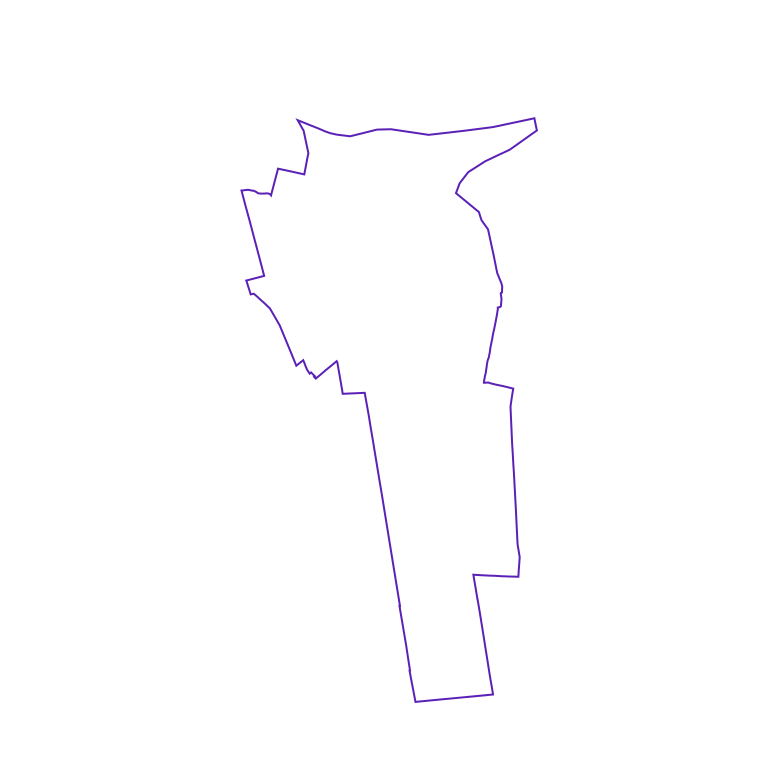 Unirea, Calarasi, Romania (Natural Earth projection), rotated 196°
{"feature_id": "2599482B78203742234892", "entity_name": "Unirea", "entity_type": "district", "adm_level": 2, "iso_a3": "ROU", "parent_name": "Romania", "parent_adm1": "Calarasi", "projection": "natural_earth1", "projection_center": [27.6, 44.275], "detail": "fine", "context": "isolated", "style": "outline", "palette": "violet", "viewbox_px": 768, "rotation_deg": 196, "n_neighbors": 0, "source": "geoboundaries", "source_scale": "gbopen_adm2", "svg_char_len": 4747}
<svg xmlns="http://www.w3.org/2000/svg" viewBox="0 0 768 768"><g transform="rotate(196 384 384)"><path d="M539.7,613.8L536.3,610.5L532.4,606.6L531.1,605.4L525.7,595.2L520.3,585.0L519.9,579.6L519.4,574.3L518.4,563.5L531.8,562.7L545.2,561.8L544.9,548.0L544.6,534.2L545.0,534.5L545.4,534.7L545.7,534.9L545.9,535.0L546.1,535.1L546.4,535.1L546.6,535.1L546.8,535.2L547.0,535.2L547.4,535.2L547.8,535.2L548.2,535.1L548.5,535.1L548.9,535.0L549.1,535.0L549.2,534.9L549.5,534.8L549.9,534.7L550.1,534.7L550.5,534.5L550.9,534.3L551.1,534.2L551.4,534.1L551.7,534.0L552.0,534.0L552.6,533.7L553.3,533.5L554.3,533.2L555.3,533.0L556.0,532.9L556.7,532.8L557.2,532.7L557.6,532.7L557.8,532.7L558.0,532.7L558.4,532.9L558.7,533.0L559.1,533.2L559.5,533.3L559.8,533.4L560.0,533.5L560.3,533.5L560.6,533.6L560.8,533.6L561.0,533.6L561.3,533.7L561.6,533.7L561.8,533.7L562.0,533.8L562.3,533.8L562.6,533.8L563.2,533.7L563.8,533.6L564.2,533.5L564.6,533.5L564.8,533.5L565.0,533.4L565.7,533.4L566.5,533.4L566.8,533.4L567.1,533.4L567.3,533.3L567.5,533.3L568.0,533.2L568.5,533.1L569.0,532.9L569.8,532.6L570.5,532.3L571.6,531.8L572.8,531.3L573.3,531.1L573.8,530.9L574.0,530.8L574.3,530.7L566.7,517.9L558.9,505.1L556.4,500.9L553.9,496.7L548.9,488.3L538.9,471.6L529.0,454.9L536.9,450.2L544.9,445.5L544.8,445.4L544.7,445.3L544.1,444.4L543.5,443.5L542.3,441.6L541.2,440.0L540.2,438.5L539.7,437.7L539.1,436.9L538.0,435.1L536.8,433.4L535.4,434.2L534.0,434.9L531.2,433.6L528.5,432.3L527.0,431.5L525.4,430.7L522.8,429.5L520.2,428.2L518.3,427.2L516.4,426.2L515.6,425.8L514.7,425.4L514.5,425.2L507.4,418.4L500.3,411.5L496.9,407.2L493.4,402.8L483.3,390.1L473.3,377.4L472.4,378.7L471.5,380.0L471.0,380.7L470.5,381.5L470.1,382.0L469.8,382.4L469.6,382.6L469.4,382.9L469.1,383.3L468.8,383.7L468.5,384.1L468.2,384.6L466.4,382.4L464.6,379.9L463.3,378.3L463.0,377.9L462.2,376.9L461.3,376.0L460.2,375.1L458.9,374.0L458.3,373.5L458.2,373.7L457.3,375.0L455.3,373.9L453.4,372.8L453.0,372.6L452.6,372.4L453.2,371.6L451.6,370.7L451.1,370.4L449.1,373.3L447.4,375.8L443.9,381.1L439.8,387.0L435.8,392.9L434.8,391.9L434.4,391.1L434.1,390.4L433.1,388.4L432.2,386.5L431.5,385.0L430.8,383.6L429.6,381.2L428.4,378.7L427.5,376.8L426.5,374.8L424.4,370.4L422.3,366.1L421.8,364.9L421.2,363.7L421.1,363.4L421.0,363.2L410.5,366.7L400.1,370.2L396.2,362.2L392.3,354.3L389.1,347.7L386.0,341.0L382.3,333.3L378.6,325.6L373.9,315.6L369.2,305.7L362.7,292.0L356.2,278.4L331.8,226.6L307.4,174.9L307.9,174.8L299.4,157.1L290.9,139.4L285.5,127.6L280.0,115.7L280.4,115.5L276.9,108.4L269.7,94.2L266.1,87.1L243.3,96.1L193.8,115.5L193.6,115.6L194.8,118.1L196.1,120.9L201.1,131.2L223.2,178.6L224.5,181.3L228.9,190.7L234.4,202.2L234.7,202.5L234.8,203.0L235.0,203.2L239.3,212.3L243.2,220.4L245.5,225.3L238.7,226.8L235.2,227.6L229.6,228.9L224.1,230.3L217.3,231.8L213.0,232.9L211.5,233.2L210.0,233.6L205.9,234.7L203.8,235.2L201.7,235.8L202.8,240.6L205.8,254.9L208.6,260.8L211.4,266.7L213.5,272.8L223.9,303.4L232.4,327.9L234.7,334.6L237.1,341.2L240.6,351.3L244.2,361.4L250.2,379.3L256.2,397.2L257.5,406.8L258.0,410.9L258.5,415.2L259.2,415.1L260.5,415.1L261.7,415.1L264.3,415.0L266.8,414.9L271.8,414.6L276.8,414.2L277.7,414.2L278.6,414.2L280.1,414.1L281.5,414.0L282.7,414.1L283.9,414.2L286.1,413.5L288.3,412.7L288.4,412.8L288.4,413.2L288.4,413.5L288.6,414.2L288.7,414.8L288.8,416.1L288.9,417.4L289.1,418.7L289.2,420.0L289.2,421.7L289.3,423.4L289.4,423.8L289.4,424.1L289.5,424.2L289.7,425.6L289.8,427.0L290.1,428.9L290.4,430.8L290.5,432.0L290.7,433.2L290.8,434.6L290.8,435.9L290.8,436.3L290.7,436.7L290.7,437.2L290.6,437.7L290.6,438.0L290.6,438.4L291.1,444.2L291.2,444.7L291.3,445.2L291.4,446.0L291.4,446.7L291.6,447.2L291.7,447.8L291.8,449.0L291.9,450.3L292.0,451.6L292.1,453.0L292.2,454.1L292.3,455.3L292.3,456.3L292.4,457.2L292.5,458.2L292.7,459.2L292.7,459.4L292.7,459.6L292.8,460.6L293.0,462.7L293.1,463.9L293.2,465.9L293.3,467.9L293.5,469.9L293.6,471.8L294.0,476.2L294.4,480.6L294.8,483.9L295.2,487.2L295.4,488.0L295.7,488.9L294.9,489.3L294.2,489.7L293.9,489.9L293.6,490.1L293.3,490.5L293.1,490.9L293.7,494.3L294.5,498.2L295.6,500.6L296.7,503.1L296.7,503.4L296.7,503.7L296.3,504.1L295.8,504.4L296.3,506.5L296.7,507.9L297.0,509.4L297.1,509.7L297.3,510.5L299.0,513.3L301.6,516.6L305.7,521.8L307.5,525.2L314.0,537.8L326.6,561.3L335.4,568.3L337.8,571.8L340.1,575.4L367.4,587.3L367.0,592.6L366.6,597.9L364.0,604.4L361.4,610.9L354.8,618.4L348.2,625.9L338.0,634.9L327.7,643.9L317.3,656.9L310.7,665.2L306.9,669.9L307.3,670.6L310.7,677.0L312.7,680.9L317.7,678.2L323.7,675.0L339.2,666.8L344.0,664.2L350.3,660.9L376.3,649.7L394.3,642.2L409.8,635.8L447.6,630.8L460.9,626.6L472.8,619.7L484.8,612.8L498.1,610.7L504.5,610.3L510.6,610.6L510.8,610.7L517.9,611.6L527.1,612.5L534.6,613.3L539.7,613.8Z" fill="none" stroke="#5b21b6" stroke-width="2"/></g></svg>